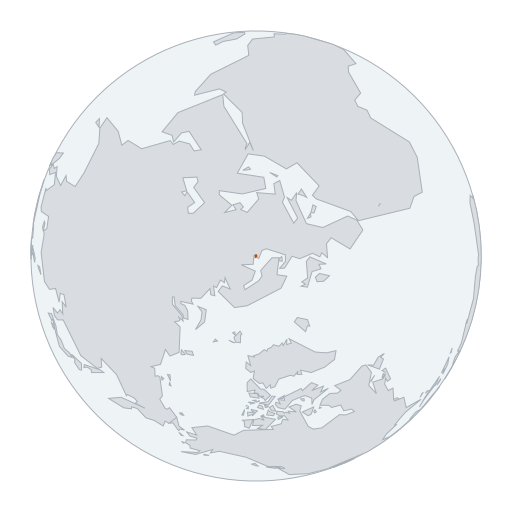 Tukums highlighted on a globe, orthographic projection, rotated 196°
{"feature_id": "LVA-1092", "entity_name": "Tukums", "entity_type": "Municipality", "adm_level": 1, "iso_a3": "LVA", "parent_name": "Latvia", "parent_adm1": "", "projection": "orthographic", "projection_center": [23.127, 56.979], "detail": "fine", "context": "on_globe", "style": "filled", "palette": "amber", "viewbox_px": 512, "rotation_deg": 196, "n_neighbors": 0, "source": "natural_earth", "source_scale": "10m", "svg_char_len": 11493}
<svg xmlns="http://www.w3.org/2000/svg" viewBox="0 0 512 512"><g transform="rotate(196 256 256)"><circle cx="256" cy="256" r="225" fill="#eef3f6" stroke="#a8b0b8"/><path d="M49.9,165.1L50.8,163.0L53.9,156.4L62.3,141.0L71.8,126.3L82.4,112.4L94.1,99.3L94.9,98.5L127.6,72.2L105.3,88.6L112.4,82.4L123.0,74.3L121.8,75.4L135.7,67.0L146.4,60.9L163.8,55.1L176.0,57.9L169.6,59.8L173.3,60.6L181.5,58.5L186.1,56.9L209.9,59.8L237.4,58.2L245.6,54.1L244.2,58.1L259.4,48.6L274.1,47.3L257.8,51.1L256.3,53.3L266.4,53.3L267.1,55.7L272.3,57.2L272.3,60.1L262.8,62.6L262.5,64.7L269.7,64.6L274.1,67.8L263.6,67.5L270.3,73.3L255.6,79.3L227.8,77.7L219.8,85.0L191.6,94.1L194.4,96.3L185.5,101.7L185.3,106.4L180.1,107.1L184.5,110.3L189.3,108.8L192.8,109.8L193.2,112.5L186.6,113.8L185.5,112.6L183.7,114.4L180.3,114.0L182.2,115.8L174.2,117.2L182.6,119.9L176.6,124.6L171.2,124.5L171.2,119.0L158.7,106.5L153.2,105.4L145.4,108.9L131.9,126.6L126.0,127.9L118.5,133.6L121.9,135.2L129.0,131.4L133.5,136.1L141.7,131.2L144.7,132.6L153.4,130.2L152.6,136.6L147.1,144.2L139.9,146.7L137.3,150.3L144.6,153.1L131.6,163.1L123.8,179.4L120.4,181.6L113.0,176.0L111.9,162.6L102.3,156.9L109.0,166.9L100.3,172.8L99.1,176.6L99.9,180.1L103.3,180.5L100.5,184.0L92.8,175.0L95.2,171.7L97.7,174.4L97.1,168.4L91.8,163.1L87.9,166.8L84.1,156.0L81.3,158.7L78.8,158.0L83.7,154.4L74.9,161.0L69.9,151.7L57.8,163.8L69.1,147.3L72.9,139.4L76.3,131.2L74.3,133.0L81.6,120.7L83.6,114.4L77.5,119.2L69.6,129.6L62.1,142.1L63.0,142.0L59.3,150.3L55.2,154.2L47.7,171.8L44.5,178.4L43.4,181.4L49.9,165.1ZM40.6,189.9L39.3,194.6L36.6,205.2L37.1,206.5L36.8,213.9L34.3,221.0L36.1,220.2L34.6,229.2L35.5,249.3L34.8,249.3L35.2,275.0L39.6,297.5L40.5,307.2L39.6,308.1L42.1,315.7L42.1,317.9L55.3,347.5L65.1,366.3L66.8,373.4L62.6,370.7L64.2,374.2L56.3,360.3L49.4,345.9L43.6,331.0L38.8,315.7L35.1,300.2L32.5,284.4L31.1,268.5L30.7,252.6L31.6,236.6L33.5,220.7L36.6,205.1L37.4,201.6L38.9,196.0L38.9,195.7L40.6,189.9ZM54.7,166.5L46.4,190.9L47.9,180.8L48.2,181.8L51.0,174.8L55.1,163.9L57.3,155.8L54.7,166.5ZM58.2,169.0L59.4,165.3L58.7,168.5L58.2,169.0ZM188.0,55.9L181.6,58.2L173.9,59.5L179.1,57.2L188.0,55.9ZM202.7,54.8L199.9,56.3L196.1,54.7L198.9,54.3L202.7,54.8ZM251.3,51.0L246.0,51.5L251.0,50.2L251.3,51.0ZM273.1,56.9L274.4,56.1L276.6,57.2L273.1,56.9ZM153.2,126.9L153.2,128.5L151.6,128.1L153.2,126.9ZM156.9,124.4L155.0,122.8L156.4,121.4L157.6,122.4L156.9,124.4ZM278.4,62.9L281.5,65.2L276.7,63.2L278.4,62.9ZM158.9,126.8L159.3,119.2L161.9,116.8L168.5,118.8L158.9,126.8ZM282.3,66.8L289.9,72.7L293.4,71.3L287.8,79.1L283.1,71.2L276.7,68.9L281.3,68.7L282.3,66.8ZM190.6,107.2L185.6,108.9L189.5,105.0L190.6,107.2ZM192.3,104.4L199.2,91.7L206.9,90.7L203.0,95.1L212.6,92.1L213.0,97.9L207.8,100.8L202.7,100.2L206.7,103.0L192.3,104.4ZM283.4,82.6L283.8,84.5L281.6,83.0L283.4,82.6ZM194.5,109.9L195.2,107.3L201.9,106.2L201.7,111.3L199.6,110.0L194.5,109.9ZM215.0,88.6L220.0,88.9L221.6,93.6L223.7,94.4L213.7,98.0L215.0,88.6ZM198.3,111.6L201.4,114.0L198.6,117.0L194.3,112.4L198.3,111.6ZM203.8,103.9L206.9,103.7L205.1,105.4L203.8,103.9ZM190.4,129.6L191.1,126.3L194.6,125.4L190.4,129.6ZM202.8,114.6L203.8,113.6L205.2,112.9L206.7,115.1L202.8,114.6ZM215.5,101.2L215.2,103.2L219.7,99.9L221.1,103.5L214.1,105.3L217.7,106.1L218.2,107.2L212.0,107.5L215.5,101.2ZM212.6,115.4L204.2,119.3L202.1,125.6L198.9,126.4L202.8,116.2L212.6,115.4ZM212.8,110.7L211.9,113.8L208.4,113.2L206.7,110.7L212.8,110.7ZM224.6,105.4L224.2,99.4L225.8,99.3L224.6,105.4ZM212.7,117.3L214.7,116.4L213.0,117.8L212.7,117.3ZM221.7,109.1L221.4,107.0L223.1,106.8L221.7,109.1ZM219.0,116.4L216.3,117.5L215.1,115.8L219.0,116.4ZM220.8,113.1L223.3,113.5L216.3,114.5L220.4,112.2L220.8,113.1ZM223.4,109.4L224.4,108.6L223.3,110.3L223.4,109.4ZM225.1,122.3L216.6,124.0L213.9,120.2L222.6,119.0L225.1,122.3ZM240.1,480.7L239.6,480.6L228.4,478.5L213.0,468.5L219.7,463.8L217.7,458.3L200.3,441.4L204.1,433.0L199.3,427.9L189.5,426.8L183.8,420.3L177.8,418.6L140.0,407.9L128.2,395.3L113.8,363.2L120.5,356.8L121.3,344.3L167.2,318.2L177.3,324.9L213.8,327.5L218.5,330.0L214.6,340.8L242.3,356.9L250.8,348.1L275.5,354.3L291.7,352.0L296.8,330.4L270.2,333.8L265.2,323.6L286.2,311.9L309.3,308.7L308.1,304.7L293.2,298.1L298.1,289.1L287.9,295.1L292.3,298.8L286.1,302.8L281.7,299.7L283.6,296.5L276.5,295.5L269.1,311.6L272.8,317.1L254.5,320.8L258.8,330.5L254.0,335.1L244.8,320.5L245.5,315.0L228.7,297.9L226.4,304.0L242.1,320.7L237.3,319.3L234.3,328.2L232.9,320.3L216.4,301.0L199.6,301.8L178.9,319.7L169.0,318.3L160.4,310.5L167.5,288.7L188.8,294.3L191.6,287.2L186.8,274.2L193.7,277.2L194.4,272.8L202.4,274.2L213.2,265.5L221.3,265.7L225.2,252.2L229.9,250.6L226.2,259.0L228.1,265.2L248.1,265.8L251.8,263.0L252.7,254.3L258.1,255.8L256.4,247.3L267.7,243.5L252.5,241.3L253.2,231.6L259.8,224.1L257.2,220.6L246.5,233.0L244.7,238.4L247.5,243.5L240.2,258.6L233.4,260.7L230.7,243.8L220.8,245.1L223.0,232.0L250.7,205.8L262.4,200.5L282.6,211.5L280.1,218.0L271.6,217.1L279.8,226.6L279.0,221.6L283.5,223.1L285.2,214.7L288.5,215.4L284.6,206.4L288.8,206.3L291.2,212.0L297.4,200.1L306.0,197.9L305.8,195.0L303.2,192.4L315.8,191.6L315.1,189.5L310.7,188.9L306.5,184.4L303.9,176.3L308.4,176.4L310.0,179.4L320.0,186.0L323.4,194.2L325.0,193.5L323.1,186.5L310.9,178.3L308.1,173.4L314.3,176.3L311.8,174.9L311.8,172.5L316.1,170.4L309.4,166.9L303.4,142.2L311.1,136.1L317.3,141.2L317.9,125.5L326.4,120.7L322.4,120.1L319.9,112.6L317.2,113.9L315.0,113.1L307.4,95.6L309.1,91.9L301.2,84.4L299.1,84.2L297.4,86.4L287.8,79.1L293.4,71.3L297.9,72.1L298.4,67.0L308.6,69.9L317.2,70.1L328.1,76.7L334.0,76.7L333.5,74.8L341.1,73.6L358.5,78.5L346.6,83.0L320.9,79.1L331.6,81.2L329.8,83.4L334.0,85.9L341.5,87.4L342.0,85.9L357.3,103.5L376.6,114.9L373.7,106.7L377.5,104.2L396.9,111.9L423.7,141.4L429.1,139.9L433.2,142.9L436.9,150.6L431.0,146.4L429.6,150.4L425.8,147.1L429.7,158.6L424.3,154.4L429.9,165.9L433.9,166.2L432.5,157.3L439.7,169.5L445.4,167.0L452.3,173.2L463.5,200.1L465.6,218.4L467.0,221.6L464.6,224.7L466.3,236.9L474.6,239.6L476.1,243.8L476.6,263.5L475.7,260.9L469.5,269.0L471.8,281.1L476.7,277.4L478.5,282.4L476.3,288.5L474.1,284.5L471.8,287.1L469.9,277.6L463.2,269.9L460.8,281.0L458.6,275.5L449.0,272.9L444.2,288.5L438.1,320.8L441.3,335.9L437.4,347.9L422.9,337.9L415.5,325.5L410.8,331.8L395.4,327.6L370.3,343.3L366.3,340.4L361.6,345.3L350.7,345.5L344.4,339.9L338.0,343.1L354.7,357.4L361.5,353.8L366.6,342.9L370.0,348.9L380.5,349.5L370.5,372.4L332.5,401.9L328.1,391.0L295.7,361.6L296.2,357.0L296.1,356.5L295.6,355.6L293.4,363.4L287.6,356.6L305.6,380.1L308.9,390.2L331.9,402.8L329.9,405.3L337.2,406.6L359.4,393.6L359.7,397.4L349.6,418.2L318.2,446.9L322.0,456.1L319.1,463.6L298.8,471.6L299.9,474.6L289.3,477.1L288.2,478.3L279.3,480.0L269.9,480.8L240.1,480.7ZM152.0,337.4L150.9,341.2L152.0,337.4ZM334.5,315.6L347.9,311.0L340.6,299.6L345.2,297.0L341.0,294.3L340.0,298.8L329.7,290.5L335.1,284.0L332.8,278.4L328.2,279.7L320.1,293.1L334.8,304.8L332.2,311.6L334.5,315.6ZM35.6,249.9L35.4,253.7L35.0,250.5L35.6,249.9ZM46.5,181.9L45.5,186.1L44.4,189.2L44.9,186.4L46.5,181.9ZM42.4,216.3L42.1,221.6L41.7,217.2L42.4,216.3ZM45.5,194.6L42.6,212.3L41.9,204.7L44.0,193.7L43.5,199.7L45.5,194.6ZM55.3,170.6L54.3,173.5L53.5,173.9L55.3,170.6ZM57.7,171.3L57.8,170.5L59.0,168.3L57.7,171.3ZM100.8,173.3L101.3,174.1L101.3,178.1L99.8,176.9L100.8,173.3ZM110.7,192.4L105.8,197.7L108.2,192.9L105.1,192.1L106.2,181.3L118.7,182.1L112.9,183.5L110.7,192.4ZM111.2,167.7L109.1,174.1L110.9,167.1L111.2,167.7ZM190.2,248.1L193.1,252.0L190.2,256.7L179.9,257.3L184.0,250.4L190.2,248.1ZM197.8,256.5L198.0,240.2L204.4,239.4L200.7,242.5L204.9,243.7L200.3,249.1L206.1,264.7L204.0,270.0L186.2,267.7L193.2,265.4L190.0,261.6L197.8,256.5ZM187.3,203.1L187.5,196.9L201.0,203.2L199.3,208.3L189.0,209.0L185.0,203.4L187.3,203.1ZM170.5,132.1L169.7,130.0L171.5,129.6L173.7,131.0L170.5,132.1ZM190.4,128.1L176.0,141.1L174.3,139.3L167.8,149.6L160.9,148.9L165.3,142.1L155.2,149.5L156.4,143.1L150.0,148.8L160.6,133.8L161.3,128.7L163.1,134.6L169.4,135.4L172.4,134.2L181.3,127.1L185.9,116.8L192.9,116.3L196.6,118.6L196.6,121.0L192.0,120.5L195.2,124.1L188.6,125.2L190.4,128.1ZM236.2,151.4L230.9,149.1L236.3,158.0L229.7,158.5L230.7,159.5L226.1,162.6L222.3,168.2L219.3,167.6L219.1,170.0L216.1,172.3L214.8,175.5L208.9,175.6L206.9,179.7L205.2,177.4L203.4,184.5L202.1,179.3L198.1,182.0L201.4,185.6L172.7,180.0L161.6,182.3L153.0,187.1L152.0,178.1L159.4,168.1L170.9,159.2L181.7,158.6L179.3,154.8L183.8,153.5L183.8,157.0L186.4,150.9L190.1,150.8L200.2,143.9L201.8,135.6L205.5,133.0L206.8,136.3L209.6,131.5L214.5,136.0L217.3,134.4L225.0,137.4L225.8,144.9L228.9,142.6L234.8,145.0L236.2,151.4ZM227.1,123.3L229.6,131.8L227.2,136.4L214.9,129.3L211.7,130.1L203.7,126.1L207.4,119.6L209.3,121.3L212.0,121.5L209.8,123.5L213.6,122.1L216.4,124.4L220.2,124.0L219.9,126.8L227.1,123.3ZM223.5,326.3L227.1,327.1L232.6,327.1L230.8,332.9L223.5,326.3ZM212.1,313.4L215.2,313.0L215.4,320.9L211.7,320.1L212.1,313.4ZM216.9,306.4L215.4,312.4L214.0,308.7L216.9,306.4ZM229.2,258.3L232.6,257.6L232.9,259.6L231.1,262.6L229.2,258.3ZM250.6,179.3L248.0,176.9L249.0,175.7L247.1,168.3L251.8,167.5L254.8,171.7L250.6,179.3ZM292.3,334.8L287.7,339.6L285.2,338.0L287.3,336.6L292.3,334.8ZM257.8,337.7L265.8,340.1L257.2,339.3L257.8,337.7ZM255.5,177.2L254.1,174.2L257.3,175.7L255.5,177.2ZM255.2,166.6L258.9,167.6L252.2,166.6L255.2,166.6ZM355.9,450.1L339.0,464.3L328.9,467.8L327.8,466.5L334.6,459.2L346.7,453.2L352.8,447.6L355.9,450.1ZM478.1,294.0L476.3,300.3L469.5,301.9L472.0,295.5L478.3,286.3L478.0,289.3L479.3,285.6L478.8,289.5L478.1,294.0ZM480.8,271.1L480.7,268.9L480.7,263.1L481.0,258.5L479.1,228.1L479.0,224.6L480.3,235.3L480.3,235.2L481.3,253.1L480.8,271.1ZM442.2,336.4L446.9,340.2L444.4,344.9L442.2,336.4ZM476.0,212.3L478.3,224.9L475.5,211.2L476.0,212.3ZM473.0,201.7L474.0,203.9L473.4,204.4L473.0,201.7ZM469.2,225.4L469.0,231.0L467.9,229.3L467.4,221.1L469.2,225.4ZM457.5,178.7L461.6,184.1L463.1,186.8L461.0,185.9L457.5,178.7ZM293.9,168.5L291.3,179.5L292.4,187.4L298.0,191.6L289.0,190.6L287.2,178.4L293.9,168.5ZM301.8,145.3L296.9,142.0L299.7,140.6L301.2,141.1L301.8,145.3ZM298.4,145.4L291.1,146.8L288.7,143.2L295.0,142.7L298.4,145.4ZM273.3,161.7L272.2,164.9L269.6,163.6L273.3,161.7ZM475.4,204.8L475.5,205.2L476.9,212.0L472.9,195.6L473.3,196.5L475.4,204.8ZM473.7,199.1L475.2,205.4L472.9,196.9L473.7,199.1ZM474.9,205.1L473.9,202.6L473.3,199.2L474.9,205.1ZM473.2,196.8L471.0,190.7L471.7,191.9L473.2,196.8ZM471.2,197.4L471.9,194.3L472.9,202.7L467.8,193.4L467.0,188.7L471.2,197.4ZM434.3,135.6L431.6,134.2L429.5,129.8L431.9,131.9L434.3,135.6ZM420.0,114.9L428.0,128.2L434.0,139.5L434.5,137.7L440.0,143.9L436.7,144.3L429.0,133.5L425.3,125.7L420.2,121.5L414.7,114.3L408.8,111.6L404.9,107.8L409.1,108.0L420.0,114.9ZM406.4,110.8L394.2,104.6L392.2,98.2L394.5,98.1L400.9,103.5L401.6,106.6L406.4,110.8ZM390.7,101.3L391.2,104.3L374.3,103.6L370.2,102.0L382.0,98.6L383.1,101.3L387.6,102.7L390.7,101.3ZM286.1,84.1L284.1,84.5L285.1,83.0L286.1,84.1ZM313.6,114.0L310.8,112.7L312.1,110.8L313.6,114.0ZM303.9,108.0L304.4,111.0L301.9,107.7L303.9,108.0ZM305.8,118.0L303.7,112.2L308.4,117.8L305.8,118.0Z" fill="#d9dde1" stroke="#a8b0b8" stroke-width="1"/><path d="M256.8,256.2L256.8,256.3L256.7,256.4L256.8,256.6L256.7,256.7L256.4,256.8L256.4,257.0L256.2,257.1L255.9,257.0L255.9,256.9L255.8,256.7L255.7,256.7L255.6,256.4L255.5,256.2L255.4,256.1L255.4,255.9L255.5,255.8L255.4,255.8L255.4,255.7L255.5,255.6L255.6,255.4L255.7,255.2L255.8,255.1L256.0,254.9L256.0,255.0L255.9,255.3L256.0,255.4L256.2,255.5L256.2,255.8L256.1,256.0L256.3,256.2L256.5,256.3L256.7,256.2L256.8,256.2L256.8,256.2Z" fill="#f59e0b" stroke="#b45309" stroke-width="1.5"/></g></svg>